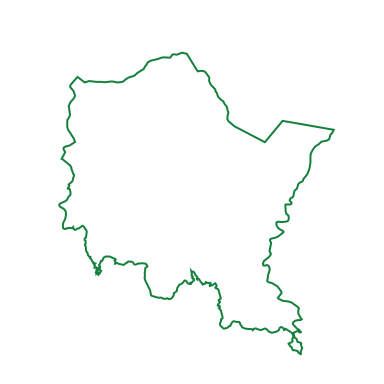 Lumiere, Dennery, Saint Lucia (Natural Earth projection), rotated 103°
{"feature_id": "8701671B42420673442147", "entity_name": "Lumiere", "entity_type": "district", "adm_level": 2, "iso_a3": "LCA", "parent_name": "Saint Lucia", "parent_adm1": "Dennery", "projection": "natural_earth1", "projection_center": [-60.885, 13.94], "detail": "fine", "context": "isolated", "style": "outline", "palette": "green", "viewbox_px": 384, "rotation_deg": 103, "n_neighbors": 0, "source": "geoboundaries", "source_scale": "gbopen_adm2", "svg_char_len": 5988}
<svg xmlns="http://www.w3.org/2000/svg" viewBox="0 0 384 384"><g transform="rotate(103 192 192)"><path d="M58.4,228.2L58.6,230.4L58.5,233.0L61.5,237.4L62.0,240.9L62.6,242.0L66.1,243.6L67.0,249.1L67.9,251.8L70.0,255.0L73.5,262.0L75.9,264.4L78.2,264.9L80.2,266.0L83.0,266.7L88.1,271.8L91.7,274.4L94.6,279.4L97.5,282.3L99.0,283.1L100.4,284.8L102.0,289.0L102.2,294.7L104.8,302.2L105.0,304.6L106.2,309.9L107.0,317.1L109.4,321.2L105.6,329.4L114.1,334.0L116.1,334.6L117.2,334.2L120.3,330.1L123.9,327.9L124.9,327.6L127.9,328.5L132.0,330.7L135.9,331.4L144.3,328.2L145.9,328.3L149.5,329.5L151.5,329.4L156.9,328.1L158.9,327.0L166.2,319.5L169.5,317.2L174.2,321.7L176.2,325.6L177.6,326.9L178.5,327.0L179.5,326.6L181.7,324.5L189.0,326.5L189.3,325.3L193.5,316.8L195.2,315.1L195.8,315.1L201.1,311.8L201.8,310.7L207.6,310.9L208.9,311.2L212.5,313.9L213.6,312.9L216.4,313.9L216.8,313.5L216.5,312.3L217.0,311.5L220.6,310.0L222.4,309.9L224.9,311.4L227.9,312.1L229.6,313.5L232.8,317.7L233.9,318.5L234.8,318.4L236.1,317.1L237.2,313.4L238.5,311.4L239.9,310.4L243.2,309.6L247.1,309.5L250.7,310.5L253.1,310.4L255.8,309.6L256.5,308.9L256.7,308.0L256.2,306.5L255.7,306.1L255.5,305.0L254.9,304.6L254.4,302.8L254.5,301.9L254.3,301.1L252.8,299.9L254.4,299.3L255.2,297.8L255.2,297.3L253.6,295.5L252.8,294.0L249.7,291.3L249.5,290.8L250.7,288.7L251.8,288.1L252.6,286.7L254.4,285.6L260.2,285.1L261.4,286.0L262.3,286.0L262.9,285.9L263.5,284.7L265.5,284.3L266.0,283.9L267.2,284.5L267.9,284.5L268.7,283.4L272.9,282.0L274.4,280.9L274.7,280.1L276.8,279.3L278.2,277.6L278.1,276.4L279.4,276.4L279.9,275.3L282.0,273.7L282.8,272.0L283.5,272.2L283.9,271.9L283.5,270.2L284.8,270.8L285.5,270.1L286.0,270.3L287.8,269.9L287.0,268.1L287.1,267.5L288.5,267.5L287.6,266.6L289.6,266.4L289.9,266.8L292.1,267.7L292.3,267.5L292.4,266.9L292.9,266.8L291.4,266.0L291.4,264.7L293.1,265.6L293.1,265.1L293.7,264.6L292.0,263.6L289.4,262.8L289.2,263.6L288.5,264.0L288.6,264.4L286.3,264.8L285.6,264.5L284.6,265.5L284.5,266.0L283.8,266.2L283.1,265.7L279.6,265.1L279.4,264.1L276.6,263.5L275.4,262.9L274.3,261.7L273.4,257.6L274.5,251.8L274.8,251.3L276.1,252.0L276.5,251.2L279.1,250.8L278.0,249.1L278.5,247.0L278.4,242.3L277.7,241.4L276.1,240.4L275.4,239.3L274.0,238.5L273.9,236.5L273.4,235.7L273.8,233.7L275.5,232.1L275.6,231.6L275.2,230.1L273.6,228.3L273.6,227.0L272.8,225.4L272.2,221.2L273.6,219.3L274.5,218.7L276.4,220.3L277.0,220.4L280.3,219.8L281.5,219.9L283.0,219.3L286.6,218.8L289.3,217.2L297.2,210.7L301.8,208.7L302.3,207.4L302.6,200.8L301.8,198.0L302.5,195.7L301.8,193.3L301.0,191.9L301.6,190.3L301.0,188.9L299.4,187.5L296.9,186.6L294.6,186.9L293.3,185.5L291.5,184.5L289.1,184.8L285.4,183.6L283.9,181.7L282.1,180.3L280.0,179.4L279.8,179.1L279.9,178.0L280.4,177.1L281.3,176.5L282.1,174.8L281.8,173.8L282.2,173.2L281.9,172.4L281.7,172.3L281.1,173.3L280.8,173.2L280.2,171.9L277.7,170.2L276.4,170.6L276.3,171.8L275.6,172.5L274.8,172.0L274.1,172.3L273.8,173.4L273.3,173.7L272.2,173.6L269.0,174.9L269.6,174.1L269.3,172.6L270.9,170.8L271.9,170.2L273.7,167.6L275.2,168.0L275.6,167.8L276.2,166.9L275.2,166.4L275.3,165.6L278.1,162.8L278.4,161.9L279.8,160.6L278.3,159.2L278.4,158.6L277.9,158.0L276.7,158.1L277.1,156.0L276.4,153.6L277.1,153.2L279.0,153.8L279.6,153.5L278.0,150.8L276.3,149.5L275.7,148.7L276.0,148.3L277.8,146.9L278.8,147.1L279.6,147.8L280.1,147.6L280.6,146.7L280.5,145.8L280.7,145.0L281.2,144.3L288.6,140.3L289.3,140.0L291.2,141.6L291.7,141.1L292.3,141.2L292.9,140.0L296.0,141.5L296.8,141.4L296.7,140.3L297.1,139.2L298.5,139.6L298.3,139.0L299.9,138.7L301.0,137.1L307.0,134.1L308.1,133.8L309.6,135.1L311.3,134.6L313.1,135.1L314.5,135.1L315.8,134.2L317.9,130.8L317.9,129.9L316.4,127.0L314.7,125.8L313.6,124.4L312.8,124.5L309.4,123.3L308.7,122.6L308.5,122.0L308.6,119.6L308.0,116.9L308.8,115.8L310.3,115.1L311.5,113.5L312.5,112.8L313.2,109.3L312.2,102.8L313.0,101.7L312.3,101.1L311.5,101.0L310.8,100.0L310.6,98.7L311.0,97.2L311.0,93.8L308.5,90.0L309.0,88.3L310.7,85.8L311.2,82.6L309.6,79.2L308.1,77.1L306.9,76.3L304.9,76.1L304.3,75.7L303.6,75.0L303.6,73.9L304.2,72.2L305.8,71.4L305.5,70.8L304.5,70.5L304.2,70.0L306.9,62.8L308.7,61.4L310.1,60.8L311.2,60.7L312.6,61.3L314.8,60.4L315.9,61.0L318.0,63.8L318.4,63.6L319.1,62.5L319.9,62.1L320.8,60.1L323.3,58.4L323.5,58.0L323.1,56.6L323.2,53.3L324.4,52.4L325.6,49.8L325.2,49.4L322.9,50.2L319.3,49.5L318.8,49.7L317.7,50.8L315.5,51.6L314.9,51.5L314.5,52.0L314.3,55.5L311.6,57.1L310.7,59.3L307.6,60.9L307.0,61.7L306.4,61.4L303.4,57.6L303.9,56.5L304.3,56.4L304.6,55.7L304.6,55.2L304.1,54.4L303.7,54.5L303.4,55.1L303.3,56.0L302.2,56.5L301.7,58.6L298.5,63.5L297.6,64.1L296.9,64.3L296.3,64.1L294.3,62.6L293.2,60.5L292.3,57.3L291.3,56.4L290.5,57.5L286.7,61.0L283.6,61.8L281.2,61.7L280.1,63.4L277.3,70.1L277.0,73.7L277.6,79.0L276.5,83.8L275.6,84.5L270.7,82.1L269.7,82.2L268.8,82.7L264.7,87.6L262.7,93.9L262.7,97.2L262.1,98.4L260.9,98.9L259.2,98.7L256.7,99.2L250.1,98.8L248.3,99.5L246.7,100.8L246.3,102.4L247.3,104.3L247.5,105.8L247.3,106.1L246.0,106.7L243.2,106.5L237.6,102.1L235.1,101.2L234.0,101.5L232.1,103.2L223.9,103.4L221.5,105.2L220.6,105.2L219.7,104.4L218.0,101.0L216.4,98.5L210.8,93.9L210.0,93.9L209.7,94.2L208.3,98.9L207.4,100.4L205.4,102.1L203.7,102.8L202.6,102.8L201.5,101.5L201.2,98.1L199.4,92.9L198.8,92.2L197.6,91.7L195.7,91.8L193.3,92.7L192.0,95.1L190.5,96.1L183.6,98.2L182.9,97.6L182.2,93.8L181.4,92.7L180.2,92.5L178.4,94.9L177.9,95.0L176.3,94.7L174.4,92.8L173.4,92.3L168.0,92.5L165.0,90.5L160.3,90.2L158.6,89.1L157.4,87.3L156.0,86.5L154.2,86.3L148.9,83.7L144.9,83.0L140.9,82.9L136.7,83.2L130.6,84.6L127.9,84.9L123.2,83.7L119.8,82.1L116.8,79.1L114.0,77.4L111.5,72.1L109.7,70.2L105.3,70.0L102.5,68.5L99.5,67.9L102.3,119.7L127.1,132.2L118.4,165.5L114.9,172.3L112.9,174.0L109.5,174.5L106.1,174.5L104.8,175.5L101.1,177.3L98.6,180.4L96.7,181.8L95.5,184.7L93.7,187.5L91.9,189.0L89.9,190.0L88.6,191.8L87.2,192.1L86.7,192.6L83.0,198.1L79.8,200.4L76.9,200.8L76.1,201.4L72.8,205.1L71.8,206.7L71.6,208.8L72.0,210.8L73.1,213.4L72.7,214.1L58.4,228.2Z" fill="none" stroke="#15803d" stroke-width="2"/></g></svg>